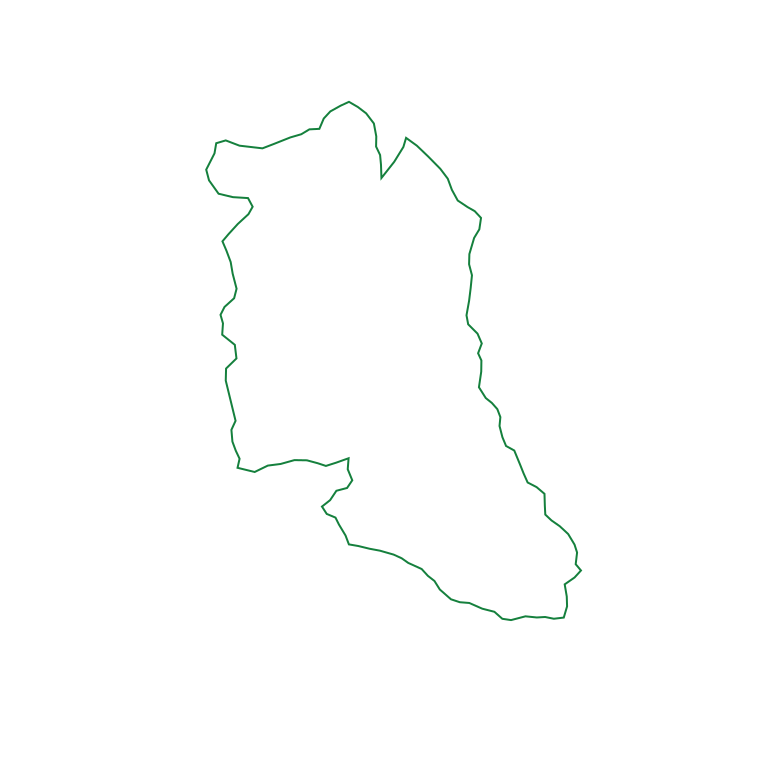 outline of Álvaro de Carvalho, São Paulo, Brazil, rotated 239°
{"feature_id": "56859067B50626918359022", "entity_name": "Álvaro de Carvalho", "entity_type": "district", "adm_level": 2, "iso_a3": "BRA", "parent_name": "Brazil", "parent_adm1": "São Paulo", "projection": "orthographic", "projection_center": [-49.738, -22.084], "detail": "fine", "context": "isolated", "style": "outline", "palette": "green", "viewbox_px": 768, "rotation_deg": 239, "n_neighbors": 0, "source": "geoboundaries", "source_scale": "gbopen_adm2", "svg_char_len": 1939}
<svg xmlns="http://www.w3.org/2000/svg" viewBox="0 0 768 768"><g transform="rotate(239 384 384)"><path d="M509.6,270.7L494.4,276.3L481.9,270.7L478.6,256.6L468.4,250.1L428.9,237.8L423.3,229.6L412.7,224.4L403.2,222.6L394.3,221.7L387.6,215.3L375.2,227.8L373.9,242.4L368.7,254.2L364.9,268.0L358.3,278.6L350.2,286.4L343.7,292.0L341.2,302.5L338.6,315.4L329.6,309.0L317.8,307.2L313.9,298.8L317.0,288.2L312.2,278.0L310.9,267.7L302.1,268.0L294.5,273.6L286.7,273.0L273.9,273.0L264.6,271.3L258.3,278.6L250.2,286.8L243.2,294.7L232.8,304.4L225.5,309.4L218.2,312.6L206.0,321.0L197.0,322.8L189.2,325.8L179.1,326.0L165.0,330.5L157.9,336.6L152.4,344.3L140.8,352.5L131.9,361.3L121.8,364.5L116.2,371.3L112.0,385.6L105.2,394.7L101.3,402.1L95.3,408.7L91.2,417.8L99.1,426.4L107.7,431.2L119.2,435.7L120.0,447.7L122.7,456.8L130.8,455.5L140.1,462.7L148.2,464.6L160.5,464.6L171.6,461.4L180.8,457.3L189.0,455.0L196.7,459.1L207.2,465.0L217.0,461.7L225.6,456.4L235.4,457.6L244.6,459.1L259.9,461.4L268.0,456.7L277.4,458.1L288.5,461.4L295.7,466.7L304.1,468.2L312.2,466.7L319.5,464.0L332.3,463.7L344.5,473.7L354.0,479.6L361.9,480.5L368.4,488.7L379.0,490.1L391.8,486.9L400.4,490.1L411.5,499.8L421.6,507.7L431.9,515.4L442.8,518.6L451.4,524.1L462.8,536.5L467.5,545.4L476.4,552.7L485.4,550.8L492.7,546.7L503.3,541.7L515.5,542.2L527.1,544.4L539.4,543.1L556.4,539.0L571.4,534.9L583.6,529.7L577.2,522.7L569.2,507.2L561.9,487.9L573.4,494.3L582.3,498.6L591.6,499.5L600.2,504.9L612.5,509.5L625.2,508.1L635.0,504.2L643.9,499.3L644.9,490.2L645.3,478.4L642.6,469.1L636.0,460.0L640.7,451.2L640.7,441.7L643.6,430.7L646.5,413.1L648.6,401.2L654.3,393.8L662.7,382.9L674.3,373.8L676.8,364.2L669.0,357.5L659.3,342.0L648.7,338.9L632.3,340.2L622.0,350.7L613.4,363.2L603.6,362.7L599.4,355.3L596.5,341.2L592.5,327.8L589.5,319.0L579.4,317.6L567.5,315.4L556.5,311.1L541.6,306.7L534.7,299.7L532.2,287.0L527.5,279.5L518.9,277.2L509.6,270.7Z" fill="none" stroke="#15803d" stroke-width="2"/></g></svg>